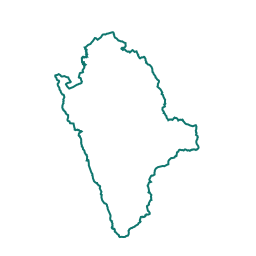 the district of Chae Hom, Lampang, Thailand, rotated 332°
{"feature_id": "78962969B2527199912665", "entity_name": "Chae Hom", "entity_type": "district", "adm_level": 2, "iso_a3": "THA", "parent_name": "Thailand", "parent_adm1": "Lampang", "projection": "orthographic", "projection_center": [99.662, 18.738], "detail": "fine", "context": "isolated", "style": "outline", "palette": "teal", "viewbox_px": 256, "rotation_deg": 332, "n_neighbors": 0, "source": "geoboundaries", "source_scale": "gbopen_adm2", "svg_char_len": 5759}
<svg xmlns="http://www.w3.org/2000/svg" viewBox="0 0 256 256"><g transform="rotate(332 128 128)"><path d="M159.9,36.8L159.6,36.3L158.6,36.0L154.4,35.2L153.6,34.8L152.0,34.9L151.1,34.2L149.7,33.7L149.1,33.8L146.7,35.2L142.6,35.8L141.8,33.6L141.0,33.0L137.7,34.8L136.1,35.3L134.3,36.2L131.8,35.9L128.5,36.8L127.7,36.6L127.8,37.1L127.4,37.7L127.7,37.8L128.2,39.5L127.6,39.8L127.2,39.8L126.9,40.3L127.3,40.8L126.3,41.9L126.2,42.3L126.5,42.5L126.0,42.9L126.4,43.1L126.6,43.9L126.1,44.2L125.8,44.1L125.0,44.7L125.3,44.9L125.3,45.7L124.7,45.3L124.5,45.6L124.3,45.2L123.2,45.4L123.2,45.1L122.5,44.9L122.5,44.6L122.1,44.2L121.7,44.3L121.7,44.0L121.5,43.9L120.4,44.4L120.6,44.7L120.4,45.0L119.7,45.3L118.2,48.6L118.5,49.1L119.3,48.8L120.0,49.1L119.8,49.6L118.8,49.7L118.2,50.5L118.4,50.7L119.6,50.6L119.7,50.8L119.0,51.8L120.1,51.8L120.3,52.2L118.4,52.5L118.4,53.3L117.6,54.3L115.0,55.7L114.6,57.5L114.0,57.6L111.8,57.0L111.2,57.0L108.3,60.2L108.4,60.6L109.5,61.5L109.6,62.1L109.1,63.7L109.1,65.4L108.5,65.7L108.2,66.3L107.8,66.4L106.6,66.4L105.4,66.0L104.3,66.1L103.2,65.8L98.8,66.1L94.6,65.6L93.8,62.8L93.7,60.3L94.1,60.0L95.8,59.9L98.5,60.6L99.1,60.4L98.8,56.7L99.0,55.3L97.5,54.1L96.2,52.3L93.8,51.6L93.3,50.9L93.1,49.6L92.1,47.9L90.7,48.0L88.6,47.4L88.2,47.8L87.9,48.7L88.3,49.8L87.9,52.1L88.2,52.7L89.2,53.7L89.2,54.3L88.2,55.4L86.9,55.8L86.4,56.4L86.0,57.8L86.3,60.1L85.6,61.9L85.9,63.8L85.5,65.0L85.8,67.7L86.7,68.3L86.8,68.8L86.3,70.9L84.1,72.6L84.0,73.9L83.1,74.4L82.7,75.9L81.9,76.2L80.4,77.7L80.2,78.3L79.7,78.8L79.3,80.6L79.7,81.3L79.3,82.0L80.3,84.3L80.0,84.9L80.2,85.4L79.9,86.0L80.4,87.4L81.2,88.5L80.0,90.7L78.6,92.0L78.2,93.0L78.4,93.7L79.4,94.7L79.1,96.6L82.0,98.5L80.8,102.5L80.8,103.4L80.1,104.4L80.6,105.2L81.7,105.5L82.2,105.8L82.7,105.8L82.9,106.4L83.6,106.6L83.8,107.8L85.3,108.8L85.5,109.3L82.2,109.7L80.9,111.5L81.0,112.0L81.7,112.7L81.3,113.6L81.5,115.0L81.3,116.1L80.4,117.8L80.1,118.7L79.7,118.9L79.1,120.9L79.2,121.2L79.1,121.8L78.5,122.7L79.0,123.9L78.3,125.6L78.7,126.6L78.8,127.9L78.2,129.5L78.4,130.2L78.3,131.6L78.9,132.3L78.5,133.1L78.6,133.9L77.1,136.4L77.6,137.2L76.5,137.5L77.7,138.6L76.4,141.7L75.9,142.4L74.7,150.4L75.0,151.5L74.7,152.5L74.2,152.9L74.3,153.7L73.4,156.1L73.3,157.7L73.0,158.8L73.5,160.5L74.2,161.7L74.9,162.1L74.6,163.2L75.1,164.1L75.0,164.8L75.9,165.8L76.0,166.3L75.9,166.7L74.7,168.0L74.6,171.9L72.9,173.5L72.9,174.1L73.4,174.7L72.0,176.7L71.3,179.8L71.8,183.4L72.5,183.9L73.0,184.7L73.3,185.9L72.8,187.2L72.8,188.4L72.1,189.8L71.6,196.8L70.8,198.3L70.0,199.1L69.3,200.9L69.5,201.9L70.1,202.8L69.5,203.3L69.5,205.1L68.7,206.0L68.5,207.1L68.0,207.8L67.5,207.7L66.9,208.2L66.8,208.6L67.0,209.6L68.0,210.0L67.9,210.5L68.6,210.9L68.5,212.0L67.7,213.1L67.7,213.5L68.5,214.8L68.5,215.7L69.1,217.4L69.6,218.0L69.5,218.8L69.2,219.4L69.5,220.4L71.1,221.0L72.9,222.2L74.4,222.8L75.8,222.5L77.3,223.0L78.6,222.2L79.6,220.8L80.2,219.0L80.8,218.8L81.5,218.1L84.0,217.8L84.6,218.2L85.6,218.0L87.5,218.3L88.3,217.9L91.6,217.8L92.7,216.9L94.5,216.9L95.2,216.4L94.9,215.6L95.1,215.0L97.6,212.6L99.0,213.0L99.4,213.4L99.4,213.7L100.1,213.8L100.3,214.1L101.8,214.1L102.2,213.2L103.2,213.3L103.7,212.9L105.0,213.9L106.7,214.1L107.3,213.3L107.2,211.4L106.7,210.5L107.8,206.3L108.4,205.7L109.2,205.8L110.6,205.5L111.0,204.3L113.7,202.4L114.9,202.5L114.9,201.7L115.7,200.7L115.9,199.5L117.2,198.1L116.9,196.9L116.9,195.3L115.9,194.8L115.8,194.5L116.9,193.8L117.7,191.5L118.2,189.6L118.1,188.8L118.4,187.9L119.3,187.6L120.5,186.3L121.4,185.9L122.5,186.4L123.0,186.4L122.5,184.7L122.6,183.5L125.8,181.2L126.7,181.1L127.4,181.7L129.6,181.6L130.4,179.8L131.3,178.9L131.7,178.1L133.5,176.9L136.0,176.6L141.0,177.9L142.1,178.8L145.4,178.8L146.6,179.0L148.0,176.3L149.3,175.5L152.1,174.8L153.1,175.4L155.2,175.9L156.0,175.3L156.8,175.1L157.3,175.5L157.8,175.4L158.3,174.4L158.9,173.9L159.8,172.5L161.4,172.5L162.3,171.6L162.9,171.4L163.6,171.5L164.9,172.7L165.7,173.0L166.6,174.0L168.0,173.6L168.5,173.8L169.5,175.0L169.8,175.8L171.1,176.1L171.9,177.2L172.8,176.9L173.3,177.2L174.0,177.0L174.7,177.5L175.5,177.4L176.3,178.1L176.9,178.2L177.6,179.3L178.4,179.1L178.7,179.4L180.5,179.0L181.2,178.3L181.5,177.0L181.2,174.2L181.7,172.4L182.5,171.3L184.1,170.3L184.5,169.4L185.3,169.0L185.6,167.8L184.8,166.0L186.2,164.7L186.0,163.8L186.4,163.3L186.5,162.3L188.0,160.8L188.2,160.0L189.0,159.2L189.2,157.4L188.8,157.2L186.1,156.9L184.0,154.9L182.7,153.0L181.2,151.9L180.6,150.6L180.2,148.3L179.9,147.7L180.2,146.9L180.0,146.1L178.7,145.9L178.3,145.3L177.1,144.9L175.9,145.0L176.0,143.7L175.7,142.4L175.2,141.7L174.3,141.4L174.1,140.7L172.9,140.9L171.9,141.5L170.9,141.7L170.3,140.8L169.7,140.7L169.1,140.1L167.2,140.1L167.3,139.1L166.9,137.1L167.5,135.4L167.1,134.6L167.2,132.4L166.5,131.6L167.1,131.1L167.3,130.1L166.9,129.1L167.0,127.9L168.1,126.3L170.7,126.3L170.8,125.3L171.2,124.8L171.1,124.2L172.0,124.3L172.4,124.1L172.5,122.9L174.1,120.3L173.8,119.2L174.0,117.9L173.9,117.2L174.4,115.2L173.6,113.9L174.1,113.2L174.9,112.9L174.9,110.5L174.8,109.0L173.4,105.3L174.5,104.3L175.0,103.2L176.9,101.9L177.4,101.1L177.4,100.4L176.5,98.8L176.5,97.5L176.0,96.4L176.5,95.4L176.0,92.1L176.3,90.8L175.9,90.1L177.2,87.2L177.4,85.0L176.7,82.4L175.4,81.3L175.2,80.2L174.9,79.7L175.1,78.8L174.7,78.6L175.3,77.8L175.2,76.5L175.9,75.3L175.8,72.9L175.5,72.6L174.4,72.7L173.2,72.0L171.4,72.2L171.1,71.9L170.9,68.7L171.4,68.2L171.2,67.0L171.5,64.3L169.5,63.9L168.8,61.7L168.5,61.3L165.1,62.2L164.7,60.8L163.6,60.6L162.6,59.2L162.2,57.5L161.3,56.8L160.1,56.7L160.0,55.8L159.4,55.3L159.5,54.7L160.4,54.4L161.5,55.0L162.8,55.3L163.6,55.0L164.5,54.5L164.9,53.3L165.7,51.9L164.4,50.4L163.6,48.8L162.4,48.2L161.4,46.9L160.6,46.3L160.0,43.6L158.9,42.0L159.1,40.0L159.5,39.3L159.4,38.4L159.9,37.8L159.9,36.8Z" fill="none" stroke="#0f766e" stroke-width="2"/></g></svg>